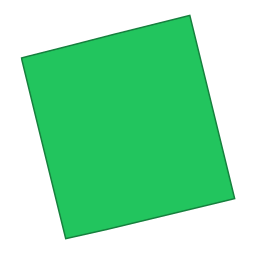 outline of Clinton, Missouri, United States of America, rotated 76°
{"feature_id": "52423323B8236601401244", "entity_name": "Clinton", "entity_type": "district", "adm_level": 2, "iso_a3": "USA", "parent_name": "United States of America", "parent_adm1": "Missouri", "projection": "natural_earth1", "projection_center": [-94.481, 39.601], "detail": "fine", "context": "isolated", "style": "filled", "palette": "green", "viewbox_px": 256, "rotation_deg": 76, "n_neighbors": 0, "source": "geoboundaries", "source_scale": "gbopen_adm2", "svg_char_len": 291}
<svg xmlns="http://www.w3.org/2000/svg" viewBox="0 0 256 256"><g transform="rotate(76 128 128)"><path d="M33.7,40.8L33.7,118.6L34.1,170.2L34.2,205.8L34.3,214.3L36.6,214.5L99.8,214.8L220.3,215.2L221.3,172.0L222.3,41.6L33.7,40.8Z" fill="#22c55e" stroke="#15803d" stroke-width="1.5"/></g></svg>